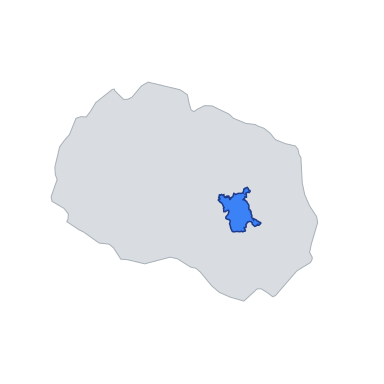 Shtip, Štip, North Macedonia shown in context, rotated 37°
{"feature_id": "65306769B54195317631303", "entity_name": "Shtip", "entity_type": "district", "adm_level": 2, "iso_a3": "MKD", "parent_name": "North Macedonia", "parent_adm1": "Štip", "projection": "robinson", "projection_center": [22.163, 41.717], "detail": "fine", "context": "in_parent", "style": "filled", "palette": "blue", "viewbox_px": 384, "rotation_deg": 37, "n_neighbors": 0, "source": "geoboundaries", "source_scale": "gbopen_adm2", "svg_char_len": 3214}
<svg xmlns="http://www.w3.org/2000/svg" viewBox="0 0 384 384"><g transform="rotate(37 192 192)"><path d="M174.7,107.5L180.6,108.2L193.5,104.9L201.6,100.2L205.7,99.5L211.1,97.8L219.0,98.0L226.9,100.0L237.0,97.4L246.9,93.0L250.9,94.1L255.2,97.8L258.1,98.8L274.6,118.4L283.6,126.3L294.2,132.3L306.4,136.7L310.8,140.9L318.6,161.7L322.3,169.5L327.5,171.9L328.7,174.2L329.0,177.2L323.2,191.8L321.0,224.5L319.5,227.1L313.5,227.0L305.4,227.7L302.3,230.2L299.1,247.9L286.1,252.9L274.3,255.7L264.3,255.1L246.8,250.9L241.1,250.5L236.2,252.8L220.5,254.1L213.7,257.2L197.5,277.8L181.2,284.9L175.6,288.5L163.1,283.9L157.2,283.5L148.5,288.7L129.5,289.2L124.4,290.2L109.8,291.0L109.2,288.1L106.5,284.0L99.7,282.1L85.8,283.7L82.4,280.7L76.8,263.2L72.4,260.4L67.4,254.5L59.1,235.5L59.0,227.2L59.6,219.9L55.0,202.9L58.0,198.6L62.3,195.8L62.4,189.0L61.3,178.6L66.6,158.1L68.0,156.6L69.3,157.6L81.7,159.2L84.9,156.6L87.0,152.6L87.8,137.6L90.8,130.7L121.0,117.5L129.8,117.1L136.5,123.1L141.9,127.0L145.1,126.8L146.3,123.0L150.0,115.5L156.2,111.2L174.5,107.5L174.7,107.5Z" fill="#d9dde1" stroke="#a8b0b8" stroke-width="1"/><path d="M217.8,182.6L218.7,182.6L219.4,183.0L219.7,182.8L220.1,183.1L220.4,182.9L221.2,183.2L221.8,182.8L224.7,183.8L225.0,184.3L227.0,185.1L226.8,186.0L227.7,186.7L229.2,188.6L230.4,187.8L230.4,187.3L232.0,184.6L233.1,185.0L234.3,188.3L234.0,191.3L234.6,192.5L235.0,192.7L236.2,192.6L237.6,192.1L238.1,191.7L239.8,192.1L240.3,192.5L241.1,194.8L242.3,195.4L243.4,196.5L244.1,196.8L244.4,197.4L247.8,199.2L248.6,199.1L249.8,198.3L251.5,196.5L253.9,195.1L254.7,194.3L255.0,193.6L256.5,193.3L257.2,192.0L257.9,191.5L257.9,191.1L257.6,190.4L255.2,189.3L255.1,188.9L256.4,187.9L255.7,186.4L254.9,186.0L254.5,185.4L254.8,184.5L254.4,182.6L255.1,182.0L255.3,181.3L257.0,180.1L258.8,180.4L259.2,181.3L262.8,181.7L263.5,180.8L263.8,179.2L263.9,179.5L264.1,179.1L264.8,178.9L265.5,178.1L265.8,175.6L265.1,175.1L264.7,175.6L262.7,175.5L261.4,176.0L260.2,175.6L258.0,176.1L258.0,176.9L257.5,176.3L256.9,176.8L256.8,176.3L255.8,176.6L254.9,176.4L254.5,176.0L254.5,175.3L253.3,174.3L252.8,174.3L251.1,172.3L250.6,172.6L250.1,171.7L249.7,171.5L249.0,171.4L248.4,171.8L247.9,171.6L247.3,171.2L247.3,170.7L246.6,170.4L246.6,169.9L245.6,168.6L244.5,167.9L242.4,167.4L241.4,166.6L240.2,166.8L239.5,166.6L239.3,166.9L238.5,166.8L237.5,167.3L237.5,166.4L238.0,165.7L237.1,164.1L238.6,163.4L237.0,161.4L236.5,161.3L236.0,161.5L236.2,161.0L235.8,160.0L236.2,159.8L236.9,158.1L237.5,158.3L238.0,158.0L238.1,156.7L237.4,155.9L236.1,156.3L234.9,155.4L233.2,155.1L233.0,156.0L232.4,156.5L232.1,157.9L231.8,157.8L231.7,158.6L232.7,160.4L233.0,161.9L233.4,162.0L232.1,163.5L229.7,165.3L228.3,167.9L227.0,167.6L226.2,168.0L227.5,171.2L226.6,172.7L227.0,173.5L226.9,175.1L226.6,175.3L226.2,174.9L226.4,174.3L226.1,173.9L225.5,173.8L224.9,174.1L224.1,173.2L223.4,173.3L223.1,173.9L224.0,174.3L223.3,175.1L222.8,174.5L222.3,174.3L221.6,175.8L222.3,176.0L222.2,176.3L221.6,176.2L221.2,176.6L220.4,176.3L219.0,174.9L218.4,175.8L218.4,176.2L217.0,176.2L216.5,177.6L216.2,177.3L215.6,177.8L216.3,179.2L216.9,179.7L216.6,180.2L217.2,180.5L218.0,180.3L218.5,180.9L217.7,181.7L217.8,182.6Z" fill="#3b82f6" stroke="#1e3a8a" stroke-width="1.5"/></g></svg>